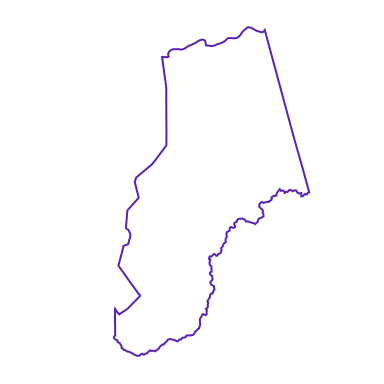 Parnarama, Maranhão, Brazil, rotated 255°
{"feature_id": "56859067B73995611622119", "entity_name": "Parnarama", "entity_type": "district", "adm_level": 2, "iso_a3": "BRA", "parent_name": "Brazil", "parent_adm1": "Maranhão", "projection": "albers", "projection_center": [-43.582, -5.599], "detail": "fine", "context": "isolated", "style": "outline", "palette": "violet", "viewbox_px": 384, "rotation_deg": 255, "n_neighbors": 0, "source": "geoboundaries", "source_scale": "gbopen_adm2", "svg_char_len": 4560}
<svg xmlns="http://www.w3.org/2000/svg" viewBox="0 0 384 384"><g transform="rotate(255 192 192)"><path d="M146.7,242.0L146.1,243.2L144.7,244.8L145.4,245.9L146.1,247.7L147.5,248.4L148.7,249.2L149.1,250.4L149.1,252.0L150.0,254.8L151.2,255.0L152.2,255.4L153.8,254.9L155.8,255.7L158.1,254.5L160.1,253.2L162.1,253.5L163.4,254.7L164.0,255.9L164.4,256.9L163.0,258.1L163.1,262.2L162.4,263.5L163.3,264.4L163.6,266.5L164.7,267.3L166.1,267.3L166.7,269.0L167.3,270.4L166.6,271.7L167.2,273.0L168.5,273.3L169.9,274.7L170.9,276.1L172.1,277.5L170.0,278.3L169.9,280.3L168.7,281.0L167.1,281.4L168.0,283.0L167.3,284.2L168.1,285.8L168.9,286.8L167.9,288.5L166.7,289.4L167.0,290.8L166.8,292.9L165.3,293.3L163.6,294.0L162.9,295.1L162.7,297.3L159.5,296.4L159.3,298.0L159.8,298.9L160.8,300.4L159.9,302.2L161.3,303.6L161.4,305.1L166.2,305.1L186.4,305.0L212.2,304.6L216.8,304.5L244.4,304.4L246.6,304.4L254.8,304.4L288.9,304.3L329.6,304.2L328.4,302.8L328.1,301.3L328.4,300.3L331.0,296.1L332.3,294.6L333.8,293.4L335.5,291.3L336.6,289.0L336.5,287.8L335.7,286.4L334.7,284.0L333.2,281.7L331.1,279.3L329.7,276.9L329.2,274.4L329.6,272.3L331.0,268.3L331.2,266.8L330.8,265.3L329.5,263.3L329.0,262.0L328.3,258.3L328.2,254.5L327.7,252.4L327.7,250.5L327.8,248.7L329.2,245.4L330.2,243.4L332.8,243.8L335.0,243.7L336.2,242.5L336.6,241.1L336.6,238.9L336.3,237.4L335.2,234.2L334.3,229.8L334.0,226.3L333.0,223.7L332.5,222.0L332.2,220.7L332.3,219.7L332.5,217.8L333.5,215.9L334.0,213.8L334.8,210.5L334.6,208.9L334.0,207.0L333.0,205.8L331.2,204.5L328.8,204.5L328.6,203.3L330.1,198.0L303.6,194.7L301.4,194.4L298.2,193.8L294.4,192.8L287.5,190.9L282.1,189.5L262.6,184.4L258.0,183.2L251.4,181.4L249.8,181.0L247.7,180.4L246.1,180.0L243.7,179.3L242.7,178.1L238.0,172.1L232.1,164.6L231.5,163.8L229.1,160.5L228.6,159.5L220.4,141.8L218.5,140.6L217.6,140.0L216.6,139.3L215.0,139.3L210.3,139.2L202.4,139.1L200.2,139.0L198.3,136.1L195.6,132.0L192.8,127.7L191.8,126.1L190.9,124.8L184.5,122.5L176.7,119.7L174.6,119.0L173.3,119.2L171.9,120.8L170.3,121.1L168.8,121.2L167.4,121.5L166.3,121.3L165.1,120.8L163.7,120.1L162.5,119.4L161.4,118.6L160.4,118.2L159.6,117.5L158.2,117.0L158.1,115.8L157.9,114.7L157.8,113.4L157.6,111.8L156.1,111.1L154.0,109.9L151.7,108.7L148.0,106.5L146.5,105.7L144.8,104.7L141.2,102.6L140.2,101.9L138.6,102.3L132.1,104.8L125.6,107.2L120.9,108.9L118.7,109.8L117.3,110.3L115.8,110.9L114.4,111.4L112.9,112.0L108.4,113.7L107.4,114.2L106.3,114.8L105.3,115.0L104.4,114.1L103.2,111.9L102.2,110.1L100.6,107.5L99.1,105.0L97.3,101.8L96.7,100.9L96.0,99.9L95.6,98.9L95.1,97.5L94.5,95.5L93.8,93.1L93.2,91.3L92.6,90.2L94.4,89.1L97.2,88.0L99.0,87.5L97.6,86.9L96.3,86.6L95.3,86.4L89.0,84.7L86.3,84.0L81.1,82.7L77.0,81.6L75.0,81.1L73.5,80.8L72.2,79.0L71.0,78.9L69.0,80.1L68.1,81.5L66.1,81.4L65.1,82.9L63.2,83.5L61.7,84.0L59.3,83.7L58.5,84.9L57.0,85.4L56.2,86.9L54.8,87.9L53.8,90.2L53.0,91.1L52.0,91.9L51.3,93.1L50.3,93.6L48.9,95.3L47.9,96.9L47.4,98.7L48.5,100.5L48.7,102.2L47.6,102.8L47.4,104.1L47.9,105.9L48.1,107.5L49.2,108.7L49.5,109.8L49.8,110.9L49.0,111.5L48.9,112.6L48.5,113.9L47.6,115.4L48.5,116.7L48.9,118.8L49.9,119.9L50.7,120.7L51.7,122.6L52.4,124.3L52.0,125.3L53.3,126.8L53.9,128.4L54.9,129.6L55.8,130.8L55.7,132.1L55.2,133.8L54.6,134.9L53.9,136.3L53.1,137.3L52.1,138.3L51.5,139.5L52.2,140.8L52.8,141.7L52.4,143.2L53.6,144.9L53.5,146.8L53.4,148.3L54.7,149.4L54.7,150.5L54.2,151.9L53.7,154.7L53.8,156.2L54.6,157.5L56.4,158.9L56.7,160.0L58.2,162.5L58.5,163.5L60.1,164.4L61.6,165.4L62.6,165.9L63.8,165.9L65.6,166.4L67.0,166.7L68.3,167.7L69.2,168.9L71.2,170.6L71.0,171.6L70.1,172.3L69.5,173.5L70.3,174.6L72.6,175.1L73.7,175.8L75.6,175.3L76.1,176.7L77.4,177.9L78.5,177.8L81.0,179.1L82.2,178.5L84.1,180.2L85.2,181.5L86.1,182.3L87.4,182.6L88.3,183.4L89.1,184.3L88.7,185.7L91.0,187.1L91.9,188.5L93.1,188.5L94.3,188.7L95.5,188.8L96.4,187.8L97.8,186.5L99.7,186.2L101.0,187.3L101.8,188.9L102.7,189.3L103.9,189.5L105.6,189.8L106.6,189.0L108.1,188.0L109.6,188.7L110.0,190.3L115.3,191.5L116.8,190.4L118.8,190.4L121.9,192.3L122.3,191.2L123.9,191.4L125.2,192.6L124.6,194.0L126.2,196.4L126.3,197.6L125.5,198.3L124.1,198.9L124.1,200.0L125.3,201.4L125.5,202.6L125.6,203.9L128.5,205.5L130.2,205.6L131.5,207.6L132.9,208.4L134.2,209.6L134.8,211.7L136.6,211.9L137.6,212.2L138.5,212.9L139.8,214.0L141.4,214.2L142.7,214.4L144.2,215.3L144.6,216.9L145.2,218.5L147.7,219.3L148.0,221.0L146.6,222.8L146.8,224.4L148.0,224.9L149.3,224.4L150.9,224.7L151.4,225.8L151.5,227.3L152.8,228.2L153.7,229.0L154.0,230.6L153.5,232.0L153.5,233.7L151.3,236.1L149.5,236.6L149.1,238.4L146.7,242.0Z" fill="none" stroke="#5b21b6" stroke-width="2"/></g></svg>